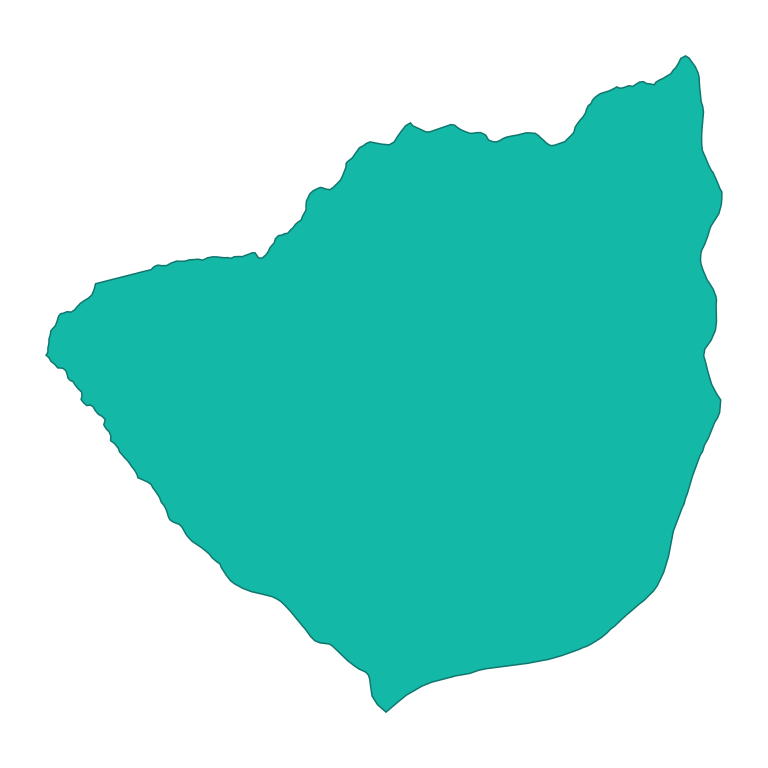 the district of Aparecida do Taboado, Mato Grosso do Sul, Brazil
{"feature_id": "56859067B67152949964175", "entity_name": "Aparecida do Taboado", "entity_type": "district", "adm_level": 2, "iso_a3": "BRA", "parent_name": "Brazil", "parent_adm1": "Mato Grosso do Sul", "projection": "natural_earth1", "projection_center": [-51.332, -20.072], "detail": "fine", "context": "isolated", "style": "filled", "palette": "teal", "viewbox_px": 768, "rotation_deg": 0, "n_neighbors": 0, "source": "geoboundaries", "source_scale": "gbopen_adm2", "svg_char_len": 4506}
<svg xmlns="http://www.w3.org/2000/svg" viewBox="0 0 768 768"><path d="M685.5,55.9L680.8,58.4L678.4,63.4L675.8,67.6L673.1,70.4L670.8,73.8L666.9,76.0L663.1,78.4L659.1,80.2L656.0,82.1L654.3,84.8L650.6,84.0L646.4,83.5L643.3,81.6L639.4,82.1L636.7,83.8L632.8,86.4L628.8,85.7L625.7,86.9L622.7,87.9L619.7,88.2L616.7,86.9L614.1,88.5L609.6,90.7L605.3,92.1L600.4,93.6L596.9,95.9L594.6,97.8L592.4,100.3L591.0,103.6L588.3,105.6L586.6,109.1L585.5,112.9L583.2,116.7L579.8,120.5L577.8,123.2L575.2,127.1L573.9,132.2L571.9,134.7L568.9,137.6L564.9,141.6L561.8,142.7L558.6,143.8L554.5,145.3L550.5,145.6L546.4,143.1L543.2,139.9L540.5,137.6L538.4,135.5L535.3,133.4L529.8,132.9L525.8,132.9L521.5,134.0L517.2,135.1L511.8,136.0L506.3,137.2L503.4,138.4L499.7,140.6L496.8,141.8L493.1,141.8L488.5,140.0L485.7,135.1L480.7,132.6L477.1,132.6L473.3,133.2L470.2,133.4L466.2,132.0L461.0,129.8L457.6,127.6L454.5,125.1L450.8,124.6L446.2,126.2L430.0,131.8L426.2,132.0L412.8,125.8L410.5,122.9L405.8,125.6L401.4,131.1L397.9,136.0L394.1,142.0L389.2,144.8L381.1,144.1L370.1,141.9L366.4,143.4L363.7,145.5L359.4,147.8L354.5,154.7L352.2,158.0L348.3,161.0L346.2,163.2L345.9,167.4L344.1,172.0L342.5,176.0L340.5,180.0L338.2,182.5L335.6,185.1L333.0,187.6L329.9,189.7L325.8,189.1L323.0,188.0L320.3,187.4L316.4,189.1L313.0,190.9L309.9,193.8L308.4,196.9L306.4,201.1L306.0,206.2L306.1,209.8L304.2,213.3L302.5,216.4L301.1,220.1L298.1,222.1L295.4,224.4L293.2,227.6L290.7,229.8L287.6,233.4L284.8,233.6L281.9,235.1L278.5,235.6L275.4,238.7L274.2,242.9L271.9,245.4L269.8,248.0L268.4,251.3L266.1,254.7L262.3,258.0L258.6,258.0L256.8,255.4L254.9,252.7L251.8,252.9L248.9,254.2L245.3,255.4L242.2,256.7L239.4,256.5L234.5,256.7L230.8,258.3L227.6,257.6L224.5,257.8L221.0,257.4L216.8,256.9L212.8,256.8L207.6,257.8L202.7,260.2L198.3,259.2L193.3,259.6L189.2,259.9L184.5,261.2L181.7,261.3L176.6,261.1L171.1,263.1L166.8,265.5L161.9,265.7L157.7,265.1L154.0,266.7L151.0,269.8L147.0,270.6L95.6,283.7L93.9,290.1L91.9,294.9L88.2,298.3L84.1,300.7L80.4,303.3L76.9,307.0L74.8,309.7L71.2,312.1L67.1,311.7L63.6,313.1L60.5,313.8L58.5,316.3L57.1,321.2L55.4,325.7L52.9,328.4L50.8,330.9L50.3,334.7L49.0,338.9L48.9,343.5L47.9,348.1L47.9,352.1L46.1,355.2L49.0,357.8L51.0,361.4L54.5,364.1L57.7,367.8L62.9,368.3L65.7,370.5L67.1,374.1L68.0,378.1L70.3,380.5L73.1,381.6L75.1,385.0L78.4,389.0L81.6,392.1L82.0,395.7L81.1,399.6L83.7,402.9L86.9,405.6L90.4,405.0L93.2,406.9L95.2,410.5L98.3,414.2L102.3,416.5L105.2,419.6L103.8,424.9L106.3,429.0L109.0,431.6L110.8,435.8L110.6,440.7L114.6,443.6L118.4,448.4L119.6,452.0L122.2,454.8L124.7,457.9L127.4,460.5L129.3,463.0L131.2,465.9L133.2,468.5L135.2,471.2L136.8,474.0L138.0,477.8L142.3,479.6L147.7,482.1L151.2,484.5L153.0,488.0L155.4,491.2L157.4,494.1L159.5,497.3L161.2,502.0L164.5,506.2L166.6,510.7L168.4,516.7L169.8,519.6L172.4,521.6L175.3,522.9L179.1,524.3L181.7,526.7L184.0,530.6L186.1,534.5L188.2,537.2L192.3,541.5L201.5,547.6L205.1,550.5L209.3,554.0L212.0,557.6L216.3,561.4L220.0,564.0L221.2,567.3L226.3,575.3L230.7,580.9L234.5,583.8L242.9,588.4L251.3,591.6L259.1,593.4L266.5,595.2L272.3,596.7L277.2,599.1L281.3,601.8L286.4,606.9L290.2,611.0L301.3,624.5L305.3,629.2L310.6,636.5L314.8,640.7L320.1,642.9L324.6,643.4L329.6,644.1L333.0,646.5L347.6,660.6L354.4,665.9L358.8,668.9L363.6,671.1L366.2,672.5L368.4,675.1L369.6,678.6L370.2,682.9L370.6,686.5L372.1,696.1L377.5,704.7L386.0,712.1L398.2,701.8L406.4,695.1L422.0,686.1L431.6,682.2L455.9,675.8L469.4,673.5L478.7,670.3L486.1,668.7L527.7,663.3L544.5,660.1L547.5,659.6L552.4,658.3L561.7,655.6L579.0,649.4L582.7,647.7L587.0,646.2L591.5,643.8L601.1,637.8L607.0,632.9L611.0,628.7L614.2,626.5L622.2,618.9L626.8,614.7L629.2,612.7L639.8,603.6L643.8,600.6L653.4,591.1L657.2,585.8L663.6,572.5L668.5,556.5L673.3,531.3L682.2,507.7L684.2,503.6L685.3,498.9L687.4,493.4L692.5,476.1L700.0,455.6L702.5,451.6L704.5,445.0L708.3,438.3L714.6,422.5L717.8,417.4L719.7,412.2L720.7,399.9L716.6,393.8L711.7,384.5L707.9,371.8L705.6,362.3L703.7,355.8L704.8,349.1L711.1,340.3L715.4,330.3L716.0,325.6L716.5,321.4L716.1,304.7L716.5,300.0L715.9,296.4L713.3,289.4L706.9,279.3L703.0,270.1L700.9,263.6L700.5,259.1L700.9,253.4L701.7,250.2L704.5,244.7L707.7,236.3L709.9,228.8L711.2,225.7L716.4,217.6L718.9,213.6L721.3,204.8L721.8,198.4L721.9,192.1L719.8,188.4L718.5,184.9L715.1,177.1L713.2,172.9L711.0,169.8L708.5,164.9L705.6,157.8L702.4,150.5L701.7,144.3L701.6,136.0L702.0,129.1L703.5,112.0L702.8,106.9L701.2,101.8L699.6,86.5L699.1,77.5L698.2,73.3L695.3,66.8L689.0,58.0L685.5,55.9Z" fill="#14b8a6" stroke="#0f766e" stroke-width="1.5"/></svg>